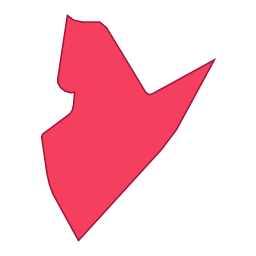 map outline of Quirino (Equal Earth projection)
{"feature_id": "PHL-2554", "entity_name": "Quirino", "entity_type": "Province", "adm_level": 1, "iso_a3": "PHL", "parent_name": "Philippines", "parent_adm1": "", "projection": "equal_earth", "projection_center": [121.517, 16.288], "detail": "fine", "context": "isolated", "style": "filled", "palette": "rose", "viewbox_px": 256, "rotation_deg": 0, "n_neighbors": 0, "source": "natural_earth", "source_scale": "10m", "svg_char_len": 431}
<svg xmlns="http://www.w3.org/2000/svg" viewBox="0 0 256 256"><path d="M214.4,59.8L176.4,129.8L161.6,149.4L78.5,240.6L52.7,193.5L49.4,184.2L47.1,174.3L41.6,136.7L42.8,134.0L70.1,113.6L72.5,109.8L73.6,104.1L74.6,92.4L70.1,92.7L65.0,91.1L60.6,87.7L57.8,82.8L57.8,78.6L67.4,15.4L73.9,20.2L82.7,22.1L87.8,22.1L99.9,22.1L106.7,27.9L145.5,92.0L148.6,94.5L151.8,94.1L214.4,59.8Z" fill="#f43f5e" stroke="#9f1239" stroke-width="1.5"/></svg>